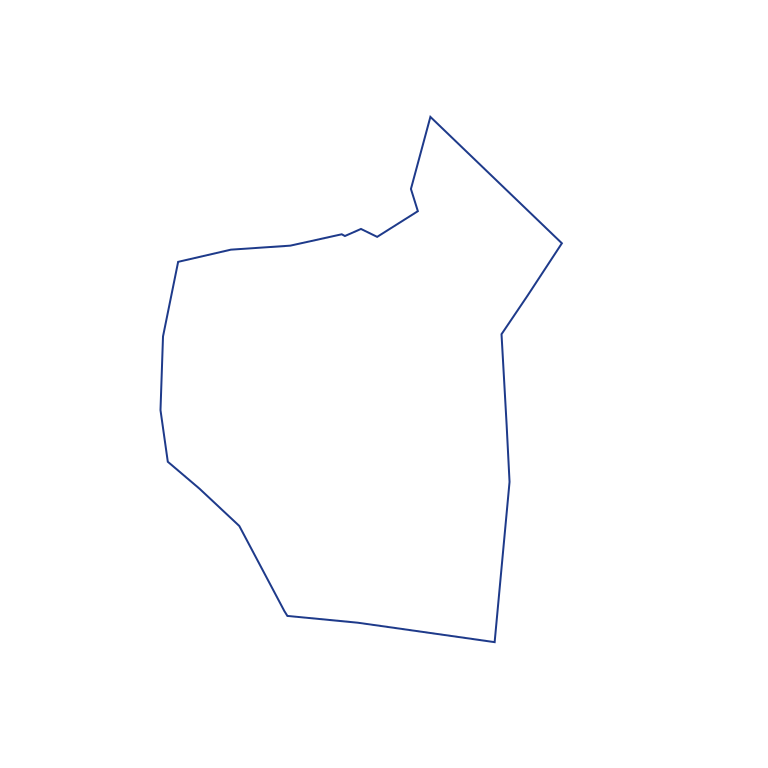 the district of Bayanjargalan, Dundgovi, Mongolia, rotated 305°
{"feature_id": "93677404B99801901120424", "entity_name": "Bayanjargalan", "entity_type": "district", "adm_level": 2, "iso_a3": "MNG", "parent_name": "Mongolia", "parent_adm1": "Dundgovi", "projection": "natural_earth1", "projection_center": [108.081, 45.774], "detail": "fine", "context": "isolated", "style": "outline", "palette": "blue", "viewbox_px": 768, "rotation_deg": 305, "n_neighbors": 0, "source": "geoboundaries", "source_scale": "gbopen_adm2", "svg_char_len": 478}
<svg xmlns="http://www.w3.org/2000/svg" viewBox="0 0 768 768"><g transform="rotate(305 384 384)"><path d="M406.2,181.5L366.0,145.3L296.2,175.7L234.4,215.9L196.3,251.5L192.4,293.0L184.7,346.9L147.2,420.2L140.8,432.7L138.6,437.9L173.4,499.4L236.0,622.7L375.8,543.0L420.6,508.1L492.2,451.7L539.1,450.9L601.3,449.0L629.4,268.8L559.2,294.2L545.0,312.6L500.6,294.0L497.8,276.2L482.8,267.1L482.4,263.5L443.6,227.9L406.2,181.5Z" fill="none" stroke="#1e3a8a" stroke-width="2"/></g></svg>